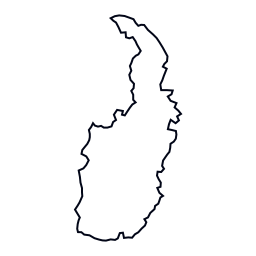 the district of Figueira, Paraná, Brazil
{"feature_id": "56859067B25501189967357", "entity_name": "Figueira", "entity_type": "district", "adm_level": 2, "iso_a3": "BRA", "parent_name": "Brazil", "parent_adm1": "Paraná", "projection": "orthographic", "projection_center": [-50.428, -23.857], "detail": "fine", "context": "isolated", "style": "outline", "palette": "ink", "viewbox_px": 256, "rotation_deg": 0, "n_neighbors": 0, "source": "geoboundaries", "source_scale": "gbopen_adm2", "svg_char_len": 1981}
<svg xmlns="http://www.w3.org/2000/svg" viewBox="0 0 256 256"><path d="M175.9,131.0L171.8,130.0L167.9,129.2L169.0,124.2L170.7,119.8L175.6,123.2L178.9,120.4L177.1,116.4L181.0,113.9L178.3,110.6L174.6,107.4L176.5,103.1L170.6,100.8L167.8,96.5L171.5,94.3L172.7,90.5L166.5,90.1L161.2,90.1L160.3,84.4L162.3,80.3L163.9,75.7L166.7,68.7L162.9,66.7L164.3,64.0L167.0,61.3L167.5,56.3L162.7,47.5L159.5,42.3L156.6,38.0L153.0,34.4L147.9,29.9L144.2,25.0L141.1,24.8L138.3,25.8L135.7,22.9L133.5,19.2L129.4,17.7L124.6,16.0L119.2,15.4L114.8,16.2L110.7,18.2L113.4,20.8L116.0,22.5L118.4,27.0L121.0,32.7L125.6,32.3L126.0,37.3L129.3,38.3L132.7,37.1L135.5,41.2L136.9,44.4L138.5,47.2L140.7,50.9L138.4,54.4L135.8,55.7L132.9,58.5L131.3,63.1L129.9,66.0L131.3,70.7L129.3,74.8L130.5,79.9L134.0,83.8L133.6,88.2L131.3,90.9L133.2,94.7L133.2,99.8L135.6,102.4L132.3,104.5L130.0,107.5L127.1,111.8L124.8,115.4L122.0,114.7L122.9,111.0L117.1,109.9L113.9,114.7L116.0,120.0L113.1,122.0L111.5,126.4L107.4,127.6L103.8,127.6L101.1,125.9L98.0,126.6L94.9,125.6L93.0,123.2L91.2,126.9L88.9,130.0L89.8,133.9L89.8,137.2L89.2,140.2L87.3,143.9L85.3,146.3L82.3,150.0L81.5,153.9L86.3,156.4L88.7,160.3L86.2,165.1L83.4,168.4L78.7,170.5L79.9,176.8L80.5,182.6L82.0,188.1L82.0,192.4L82.3,196.2L80.8,199.6L79.5,202.5L77.6,205.7L75.0,209.6L77.0,212.9L79.8,217.5L78.6,220.4L77.7,224.1L77.2,228.8L78.0,232.1L81.4,232.2L84.2,234.6L89.5,235.3L94.5,238.2L99.1,239.6L102.5,240.4L106.0,240.6L110.7,239.4L115.1,239.9L117.8,238.4L119.8,233.1L122.9,232.7L124.0,237.9L128.3,237.4L132.1,237.7L134.9,234.3L138.3,232.3L141.6,228.6L145.0,225.5L146.3,222.2L144.4,219.2L148.0,217.4L150.3,212.9L154.5,209.1L155.1,205.9L158.3,203.7L159.4,200.6L160.4,197.5L163.0,195.9L159.4,192.8L157.3,187.9L160.5,186.8L160.8,182.6L158.7,179.2L157.0,175.6L157.6,171.7L161.2,172.0L164.0,168.8L162.1,165.9L163.1,160.5L165.5,157.0L167.4,154.3L169.4,151.9L170.2,147.9L170.5,143.8L173.8,141.6L175.8,138.7L176.4,134.6L175.9,131.0Z" fill="none" stroke="#020617" stroke-width="2"/></svg>